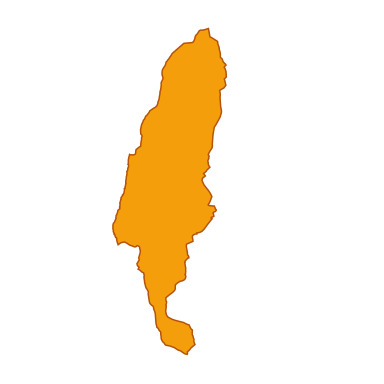 Galautas, Harghita, Romania, rotated 136°
{"feature_id": "2599482B19771129677833", "entity_name": "Galautas", "entity_type": "district", "adm_level": 2, "iso_a3": "ROU", "parent_name": "Romania", "parent_adm1": "Harghita", "projection": "equal_earth", "projection_center": [25.388, 46.905], "detail": "fine", "context": "isolated", "style": "filled", "palette": "amber", "viewbox_px": 384, "rotation_deg": 136, "n_neighbors": 0, "source": "geoboundaries", "source_scale": "gbopen_adm2", "svg_char_len": 6082}
<svg xmlns="http://www.w3.org/2000/svg" viewBox="0 0 384 384"><g transform="rotate(136 192 192)"><path d="M281.8,205.4L280.7,205.2L279.5,205.1L278.1,204.7L275.9,203.4L275.2,202.7L274.8,201.7L274.4,200.4L273.7,197.0L272.8,195.4L272.0,193.6L271.5,192.5L270.9,191.9L269.9,191.5L268.9,191.6L268.4,191.1L267.9,189.8L268.1,188.7L269.0,187.4L269.8,186.1L269.9,185.5L270.6,185.2L271.6,184.2L276.2,181.6L276.6,180.6L277.2,179.8L277.9,179.6L278.3,179.6L279.7,179.1L281.4,178.7L282.4,176.9L282.5,175.5L282.3,174.7L282.6,174.6L284.4,173.9L283.8,172.3L283.6,169.1L283.0,167.4L283.2,167.0L283.7,166.3L284.1,165.6L284.8,164.7L285.2,164.4L285.5,164.4L286.5,163.1L287.6,161.5L289.3,159.3L290.0,157.9L290.8,156.7L291.3,155.7L291.7,154.7L291.8,153.7L292.5,151.3L292.9,150.3L294.0,149.5L294.8,148.5L298.8,142.8L299.7,141.0L299.7,138.5L299.4,137.4L299.5,136.2L300.8,134.6L301.9,131.8L302.8,130.2L308.5,123.3L309.8,121.5L310.3,120.4L311.2,119.3L311.1,117.3L311.7,115.4L311.8,114.1L311.7,113.4L312.1,112.6L313.4,111.3L314.5,109.6L315.5,108.6L316.3,107.3L316.8,105.9L317.1,104.1L317.0,102.6L317.4,100.8L317.2,99.9L314.6,96.2L313.3,93.2L312.8,92.5L312.6,91.5L312.4,90.5L311.7,87.7L310.6,85.8L309.7,80.9L308.3,78.6L307.6,78.8L306.2,80.3L304.8,80.1L303.7,80.1L301.2,80.5L295.8,80.2L294.7,82.9L293.7,84.0L292.9,84.7L292.1,86.5L291.3,87.8L291.0,88.9L290.4,89.8L287.6,92.5L287.8,94.2L287.2,96.3L286.4,98.3L287.6,100.7L288.8,104.1L293.2,111.3L294.8,114.4L296.2,118.8L295.8,121.3L293.8,124.5L290.2,127.4L289.7,127.8L289.6,128.3L289.3,128.9L288.5,129.2L288.0,129.5L286.8,130.4L286.4,131.0L286.4,131.7L284.3,134.1L279.2,133.7L275.5,133.2L272.8,133.3L271.2,134.0L269.4,136.0L268.2,136.8L265.6,136.7L262.3,135.9L260.7,134.8L259.1,134.3L257.8,134.2L256.4,134.6L255.7,135.1L254.9,135.8L254.6,136.5L254.4,137.5L253.6,137.5L252.8,138.3L251.4,139.5L251.0,140.1L250.3,140.8L249.7,141.2L246.2,146.3L245.8,146.2L245.1,147.1L244.5,147.1L240.6,147.4L240.2,146.8L239.6,147.2L239.2,147.8L238.9,148.8L238.9,149.8L237.1,152.0L235.3,154.8L234.2,156.4L233.3,157.4L232.2,158.3L227.9,156.7L225.6,155.8L224.3,157.4L223.2,159.2L222.4,159.9L221.5,160.2L220.3,160.0L218.8,159.5L217.7,158.4L217.1,158.7L216.7,159.2L215.5,158.1L214.3,157.5L213.2,157.1L212.0,156.8L210.7,156.8L209.5,156.8L207.1,157.2L202.5,158.0L197.5,158.6L196.8,158.6L196.7,159.3L196.0,159.1L195.9,159.9L195.8,160.3L193.2,159.3L192.5,160.2L191.7,161.7L191.4,162.2L190.8,162.5L190.3,162.4L189.2,161.9L188.5,161.8L187.8,161.8L187.4,162.1L187.1,162.2L186.9,162.4L186.9,162.9L186.9,163.4L185.7,166.4L187.3,168.1L189.3,170.7L189.4,171.3L189.1,171.7L187.2,172.1L185.7,172.6L180.9,174.9L179.8,178.1L179.1,182.1L178.4,188.9L176.7,193.5L174.7,194.6L171.2,194.3L170.9,197.2L167.8,197.0L165.9,197.4L161.9,197.4L161.5,199.7L160.3,201.6L160.0,201.6L159.6,202.5L158.8,203.6L156.6,204.4L156.3,205.1L155.2,205.5L154.7,206.0L154.6,207.3L153.4,208.1L150.8,208.9L146.9,209.8L145.3,211.0L144.4,212.1L137.0,218.7L131.0,223.1L127.6,223.9L119.6,226.4L115.6,228.8L114.5,229.8L111.9,233.7L106.3,240.4L104.0,242.4L101.4,245.9L96.8,244.7L93.4,245.3L90.2,250.9L87.4,250.9L83.8,255.1L82.4,258.0L82.3,259.2L81.6,259.6L79.3,259.7L79.1,261.0L79.2,263.9L77.9,266.6L78.0,269.2L75.4,271.9L73.4,275.4L73.1,275.9L72.6,276.4L71.9,277.5L70.2,281.3L69.7,281.6L69.2,282.2L69.1,283.0L70.7,289.6L71.3,291.2L66.6,298.2L71.4,300.6L73.5,302.6L75.0,302.9L78.7,302.0L80.0,302.1L81.5,301.7L83.6,300.3L85.0,299.6L86.3,299.2L87.4,299.1L88.1,299.4L88.8,299.9L94.6,304.6L110.0,305.4L113.3,304.5L114.5,304.4L116.2,303.8L117.2,303.9L118.7,303.5L119.9,303.5L120.6,303.3L121.9,302.4L122.7,302.0L123.8,301.6L127.6,300.7L128.5,300.3L129.2,299.9L129.9,299.3L130.5,298.8L132.3,296.9L132.4,296.5L133.5,294.3L133.9,293.9L135.0,293.3L138.2,292.1L140.0,290.2L142.0,288.5L143.8,287.2L145.3,286.4L147.1,284.7L148.5,283.8L151.3,281.6L152.1,281.2L153.0,280.8L154.1,280.3L155.1,279.4L156.0,279.1L156.8,278.5L157.3,278.4L158.3,278.5L159.0,278.3L161.9,279.0L166.1,279.7L167.3,279.2L168.6,278.9L170.4,278.7L171.4,278.5L171.8,278.7L172.9,278.6L173.8,278.2L174.2,278.0L175.3,277.6L175.6,277.4L176.0,277.3L176.5,277.4L177.1,277.4L177.6,277.1L178.1,276.9L179.1,276.3L180.9,275.8L183.1,274.4L185.8,272.5L188.5,269.4L188.6,267.7L189.0,267.0L189.6,266.5L190.7,266.0L191.6,265.0L194.5,262.9L197.3,260.5L198.6,261.0L202.3,261.3L202.7,261.4L204.6,260.1L205.3,259.3L206.1,258.8L206.9,258.7L208.1,259.2L208.7,259.7L210.6,261.7L210.8,262.4L211.7,261.8L213.4,260.8L215.5,259.3L218.1,256.7L218.4,256.3L218.8,256.4L218.8,255.7L220.0,254.3L220.7,254.2L220.9,253.9L221.7,253.7L222.1,253.2L222.8,252.7L223.4,252.2L223.8,252.0L224.6,252.1L225.9,250.4L226.8,249.9L227.5,249.2L228.4,248.8L230.0,247.3L231.7,246.2L232.1,245.7L233.3,244.6L233.6,244.2L233.7,243.9L234.0,243.9L235.4,242.8L235.9,242.6L236.1,242.3L236.5,242.2L236.6,241.9L237.0,241.7L237.5,241.6L237.5,241.3L237.8,241.1L237.9,241.3L238.2,241.4L238.4,241.4L238.5,241.0L239.1,240.6L239.7,239.9L240.4,239.5L241.6,238.6L242.4,238.3L242.6,238.2L242.8,238.1L243.2,238.2L243.5,237.8L243.8,237.8L244.2,238.1L245.1,237.5L245.6,237.4L246.7,237.4L247.2,237.0L247.4,236.7L247.8,236.5L247.9,236.3L248.1,236.1L248.4,236.1L250.7,234.6L251.2,234.5L251.6,234.2L251.9,233.5L252.5,233.1L252.9,232.5L253.3,232.3L253.9,231.8L254.5,231.6L254.8,231.2L254.8,230.8L255.2,230.6L255.4,230.3L255.6,230.1L256.0,230.0L256.4,230.2L256.7,230.2L257.1,230.3L257.6,230.3L258.1,230.2L258.5,230.0L259.6,229.1L261.3,228.4L261.5,228.1L261.8,227.9L262.6,227.9L263.0,227.8L263.7,227.0L264.4,226.6L264.7,226.0L265.1,225.7L265.4,225.7L267.1,224.8L267.5,224.8L267.9,224.5L268.6,224.2L270.1,224.1L270.6,223.9L272.0,223.0L272.6,222.3L273.2,221.8L273.4,221.5L274.4,220.6L274.6,220.2L275.0,219.1L275.6,218.8L275.8,218.5L276.0,218.4L276.2,218.1L276.3,217.8L276.5,217.2L276.6,216.8L276.7,216.6L277.0,216.3L277.0,216.1L276.8,216.0L276.8,215.8L276.9,215.7L277.3,215.6L277.5,215.5L277.5,215.2L277.3,215.0L277.3,214.7L277.5,214.3L278.0,213.6L278.0,213.1L278.4,212.7L278.5,212.5L278.5,212.2L278.2,211.5L278.2,211.3L278.3,211.0L279.1,210.3L280.2,208.6L281.2,206.7L281.4,206.1L281.7,205.6L281.8,205.4Z" fill="#f59e0b" stroke="#b45309" stroke-width="1.5"/></g></svg>